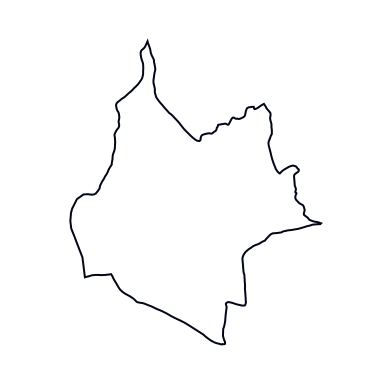 the district of Elabered, Anseba, Eritrea, rotated 263°
{"feature_id": "51966322B85305974839952", "entity_name": "Elabered", "entity_type": "district", "adm_level": 2, "iso_a3": "ERI", "parent_name": "Eritrea", "parent_adm1": "Anseba", "projection": "natural_earth1", "projection_center": [38.593, 15.68], "detail": "fine", "context": "isolated", "style": "outline", "palette": "ink", "viewbox_px": 384, "rotation_deg": 263, "n_neighbors": 0, "source": "geoboundaries", "source_scale": "gbopen_adm2", "svg_char_len": 6051}
<svg xmlns="http://www.w3.org/2000/svg" viewBox="0 0 384 384"><g transform="rotate(263 192 192)"><path d="M347.0,166.2L346.2,165.7L345.3,165.2L341.7,163.0L340.6,161.8L338.8,159.2L338.4,158.8L337.1,158.2L335.8,157.9L335.2,157.8L332.5,157.9L330.7,158.0L328.9,158.3L326.5,158.9L325.3,159.0L323.4,159.0L322.0,158.8L320.7,158.7L317.1,158.1L315.4,157.9L314.2,157.6L312.0,156.8L311.0,156.3L309.9,155.6L309.4,155.2L308.4,154.2L307.1,153.1L306.1,152.1L305.2,151.2L303.5,149.1L302.3,147.4L300.6,145.4L299.1,143.4L297.8,141.3L294.4,136.5L293.1,133.8L290.5,129.6L289.7,128.5L288.9,127.8L288.2,127.5L287.5,127.2L286.4,127.2L284.5,127.3L283.0,127.5L281.9,127.8L280.5,128.5L279.3,128.9L276.4,129.0L275.4,129.0L274.6,128.9L272.9,128.4L271.8,128.0L270.4,127.7L269.5,127.7L268.6,127.9L267.7,127.9L266.4,127.7L265.9,127.5L264.7,126.9L264.0,126.1L261.7,124.0L260.8,123.5L259.3,122.5L258.4,122.1L257.6,122.0L255.7,122.1L252.0,121.9L250.4,121.8L248.2,121.3L246.6,121.1L243.6,120.4L242.2,119.8L238.6,118.0L236.2,117.4L235.5,117.3L234.3,117.1L233.1,116.7L230.1,115.8L229.1,115.7L228.1,115.0L227.5,114.4L226.2,113.4L225.2,112.5L222.3,110.9L220.1,109.4L217.8,107.4L216.4,106.6L215.4,105.8L213.6,104.3L211.8,103.0L210.3,102.1L209.3,101.5L208.7,101.3L206.8,100.7L204.3,98.5L202.7,96.8L202.2,96.2L201.9,95.6L201.7,94.9L201.6,94.3L201.5,93.6L201.5,92.6L201.7,91.7L202.1,89.9L202.5,88.5L202.8,84.0L198.9,76.9L190.2,71.1L186.2,69.4L178.0,67.7L170.4,67.7L161.7,70.0L149.5,73.0L140.4,75.3L120.4,75.3L120.7,77.0L120.8,78.4L121.1,80.2L121.5,82.4L121.5,83.7L121.4,86.5L121.1,88.9L120.5,92.1L120.3,95.0L120.2,99.4L120.3,101.7L118.6,102.5L114.5,103.9L110.3,105.8L106.7,107.3L104.7,108.3L103.4,109.1L102.4,110.0L101.2,111.0L99.3,113.1L97.4,115.8L96.1,117.6L93.3,120.9L91.6,122.3L90.2,123.3L89.6,123.9L89.2,124.5L89.0,125.2L88.5,126.7L87.9,128.9L87.5,130.0L87.1,130.9L85.0,134.8L83.4,137.8L80.1,142.9L78.9,145.2L77.1,148.2L74.4,152.2L72.8,154.4L71.7,155.7L70.4,157.7L69.3,159.2L64.3,167.1L62.5,169.6L60.6,172.0L49.1,185.9L46.9,187.8L45.1,189.6L43.5,191.3L42.0,193.0L40.9,194.6L40.0,195.9L39.2,197.5L38.8,198.4L37.7,201.3L37.3,202.2L37.1,202.7L37.2,203.6L37.3,204.0L37.0,205.0L37.1,206.0L37.4,206.3L38.8,206.5L39.6,206.4L40.6,206.0L41.9,205.7L42.6,205.6L45.3,205.2L48.7,205.7L52.3,206.3L54.4,207.4L55.3,207.7L56.9,208.3L59.9,209.2L63.8,210.0L65.3,210.3L68.6,211.1L71.8,211.9L72.8,212.2L73.7,212.4L75.9,212.0L76.9,212.0L77.6,212.5L78.0,213.3L78.3,214.1L78.2,215.1L77.3,217.9L76.0,220.6L75.0,222.8L73.8,226.2L73.1,228.0L73.0,229.4L73.0,230.6L73.7,231.2L74.8,231.7L76.0,232.1L77.4,232.1L81.4,232.4L90.3,232.8L92.3,233.2L95.1,233.4L96.9,233.4L98.4,233.6L101.1,233.7L103.3,233.9L105.1,233.5L106.8,233.4L108.5,233.5L110.8,233.5L111.9,233.7L112.4,233.6L113.6,233.7L116.6,233.8L119.7,233.9L120.9,234.3L122.0,234.8L123.2,235.4L125.3,237.2L125.9,237.8L126.3,238.3L127.9,240.7L128.9,242.4L129.3,243.5L130.9,246.3L131.7,249.1L132.0,250.7L132.8,253.1L133.8,255.0L134.9,258.5L136.0,259.5L137.7,261.5L139.4,263.6L140.4,265.0L141.1,267.0L140.9,272.3L141.0,275.7L141.8,277.6L141.9,279.8L142.2,281.7L142.2,286.7L142.5,293.1L143.4,298.8L144.0,301.6L144.3,304.8L144.9,307.8L144.8,311.0L144.5,315.4L145.2,316.3L146.8,313.0L147.6,310.1L148.4,308.2L149.7,305.8L150.3,305.0L152.5,303.6L155.4,300.6L155.6,300.4L156.0,300.3L156.5,300.3L157.8,300.6L159.5,301.4L160.5,301.6L161.1,301.6L162.0,301.4L163.3,301.2L163.7,301.2L164.7,300.8L165.3,300.5L165.7,300.1L166.3,299.2L166.9,298.3L167.5,297.6L168.2,296.8L168.9,296.3L171.7,294.3L172.2,294.1L173.2,293.9L173.7,293.8L175.2,294.1L175.7,294.3L176.3,294.6L177.8,295.5L178.2,295.5L178.4,295.4L178.8,294.8L179.1,294.5L179.5,294.5L181.1,295.2L181.7,295.4L182.6,295.5L184.5,295.1L185.7,294.8L186.3,294.8L188.0,294.9L192.5,295.1L194.0,295.1L195.6,295.3L196.0,295.4L196.5,295.7L197.2,296.3L197.6,296.9L198.7,299.1L199.1,299.8L199.4,300.1L199.8,300.4L200.3,300.6L201.0,300.7L201.4,300.7L202.3,299.7L204.1,298.8L204.5,298.4L204.8,298.1L205.2,297.4L205.8,295.9L205.9,295.5L205.9,294.7L205.7,293.4L205.3,291.6L205.0,290.8L202.7,285.5L201.9,284.2L200.7,282.6L199.7,281.4L200.1,280.8L200.7,280.3L202.0,279.3L204.9,277.9L206.7,277.5L211.2,276.3L214.3,275.7L217.6,275.2L222.2,274.7L227.3,274.0L229.1,273.8L230.8,273.8L231.8,274.0L232.8,274.3L234.5,275.3L235.0,275.5L235.3,275.5L235.6,275.9L238.0,277.0L239.6,278.2L241.7,278.6L243.7,278.8L247.0,278.8L249.0,279.1L251.1,279.0L253.1,278.6L256.0,278.5L258.1,279.2L259.6,279.5L261.2,279.3L266.1,276.1L267.8,275.6L270.2,274.3L270.7,274.1L269.6,271.5L268.2,268.8L267.4,267.3L267.0,266.3L266.7,265.0L266.7,264.2L267.0,263.9L268.2,263.7L268.6,263.6L269.0,263.6L269.2,262.5L269.1,260.9L269.2,258.7L269.0,258.0L268.5,257.0L268.2,256.6L266.8,255.9L265.8,255.3L264.9,255.1L263.6,254.6L262.5,254.3L261.5,253.9L261.2,253.6L260.8,253.3L260.4,252.8L260.1,252.2L259.5,250.8L259.1,249.5L258.8,248.2L258.8,247.3L258.8,246.9L259.2,246.2L259.3,245.7L259.3,244.7L259.5,244.2L260.8,242.4L260.9,241.9L260.3,240.8L259.6,240.1L258.9,239.6L255.5,237.3L254.7,236.7L254.4,236.3L254.4,236.0L254.5,235.6L254.7,235.2L255.7,233.8L255.8,233.2L255.7,231.2L255.7,229.4L255.7,229.1L255.5,228.4L255.6,226.7L255.4,226.2L255.1,225.9L253.8,225.5L252.6,224.4L252.3,224.3L251.5,224.1L251.0,223.9L250.3,223.4L249.8,222.9L249.5,222.3L249.1,221.4L247.8,219.4L247.7,219.0L247.6,218.6L247.6,218.2L248.2,216.0L248.2,215.1L248.1,213.3L247.8,211.1L247.6,210.1L247.4,209.3L247.1,208.8L246.8,208.4L246.3,208.0L244.4,207.1L242.9,206.9L242.5,206.7L242.2,206.4L241.9,206.0L241.7,205.6L242.0,204.3L242.4,203.1L243.4,201.9L245.4,199.8L247.2,198.2L253.9,192.9L256.0,191.4L262.8,187.3L270.0,182.1L271.8,180.6L273.1,179.1L280.3,174.1L281.7,173.3L283.8,171.8L286.0,170.4L288.1,169.2L290.4,168.1L294.9,167.3L296.4,167.3L298.5,167.7L299.9,167.6L302.4,167.4L303.5,167.2L305.2,167.1L306.4,167.2L308.1,167.5L311.7,168.5L313.0,168.8L314.4,169.2L317.0,170.2L318.3,170.5L320.1,170.6L320.9,170.5L323.1,170.4L325.8,170.1L327.3,170.3L329.3,169.9L330.1,169.5L331.1,169.2L332.4,168.7L333.4,168.5L334.7,168.1L338.9,167.9L342.7,167.1L345.4,166.4L347.0,166.2Z" fill="none" stroke="#020617" stroke-width="2"/></g></svg>